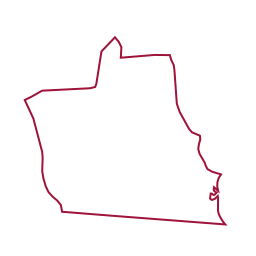 the border of Al Ahmadi, rotated 5°
{"feature_id": "KWT-1665", "entity_name": "Al Ahmadi", "entity_type": "Province", "adm_level": 1, "iso_a3": "KWT", "parent_name": "Kuwait", "parent_adm1": "", "projection": "orthographic", "projection_center": [48.089, 28.9], "detail": "fine", "context": "isolated", "style": "outline", "palette": "rose", "viewbox_px": 256, "rotation_deg": 5, "n_neighbors": 0, "source": "natural_earth", "source_scale": "10m", "svg_char_len": 1004}
<svg xmlns="http://www.w3.org/2000/svg" viewBox="0 0 256 256"><g transform="rotate(5 128 128)"><path d="M69.6,217.2L67.9,210.7L63.9,206.5L59.0,203.0L54.4,198.8L51.2,193.3L48.3,186.1L46.3,178.6L45.6,165.5L44.6,159.3L32.9,126.8L22.7,109.1L28.7,105.5L39.2,98.3L86.8,91.7L91.7,90.0L92.6,86.8L94.9,54.0L107.1,38.8L111.3,43.0L114.4,48.2L114.7,58.6L148.1,52.9L161.5,51.9L163.3,51.7L165.2,56.6L168.1,61.4L169.2,66.3L174.5,99.5L178.2,107.7L188.9,123.6L192.1,126.7L200.3,129.4L201.0,133.1L200.1,137.9L199.8,142.8L201.6,147.6L207.4,155.8L208.7,158.8L210.9,162.1L215.9,164.3L224.7,166.1L222.7,169.9L221.8,174.2L222.0,178.7L223.3,182.8L220.1,180.5L218.9,179.5L218.7,181.4L218.9,182.6L219.9,183.6L221.9,184.6L220.3,186.7L219.3,187.3L218.4,186.9L217.5,186.1L216.1,186.1L215.9,191.2L217.9,192.4L220.8,190.9L223.3,187.9L223.9,190.4L224.8,202.1L225.6,205.1L227.4,208.4L230.7,212.9L233.2,215.5L233.3,215.6L195.3,216.0L157.2,216.4L119.2,216.8L81.1,217.1L69.6,217.2Z" fill="none" stroke="#9f1239" stroke-width="2"/></g></svg>